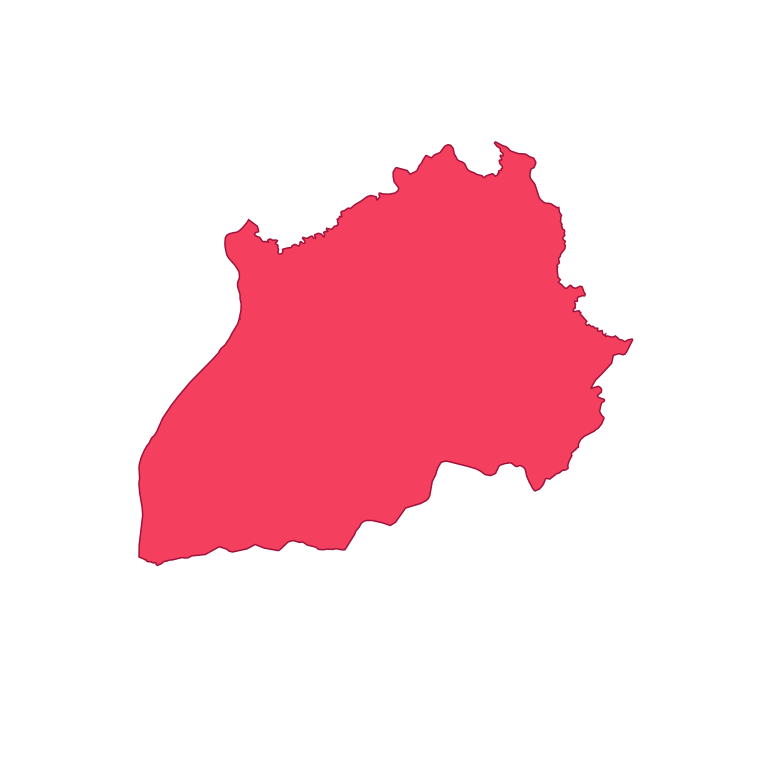 the district of Alas, Manufahi, East Timor, rotated 119°
{"feature_id": "22284137B36199594403094", "entity_name": "Alas", "entity_type": "district", "adm_level": 2, "iso_a3": "TLS", "parent_name": "East Timor", "parent_adm1": "Manufahi", "projection": "mercator", "projection_center": [125.842, -9.043], "detail": "fine", "context": "isolated", "style": "filled", "palette": "rose", "viewbox_px": 768, "rotation_deg": 119, "n_neighbors": 0, "source": "geoboundaries", "source_scale": "gbopen_adm2", "svg_char_len": 6159}
<svg xmlns="http://www.w3.org/2000/svg" viewBox="0 0 768 768"><g transform="rotate(119 384 384)"><path d="M654.1,514.4L653.5,509.5L653.6,507.4L653.2,506.5L654.0,505.4L653.9,504.5L652.7,502.0L652.3,498.8L651.0,497.3L651.2,496.5L652.4,495.7L652.6,494.3L649.4,491.8L645.7,490.2L644.3,488.2L641.8,486.0L640.6,484.0L633.8,476.6L632.8,473.9L630.8,470.9L627.6,468.9L619.8,457.7L606.2,449.2L604.9,442.8L604.7,441.1L605.3,438.5L604.4,435.1L594.7,424.0L586.8,418.8L585.6,409.3L581.0,395.8L580.5,395.2L577.3,394.0L569.2,391.5L567.9,390.7L565.0,387.6L563.6,381.6L561.6,378.3L562.1,373.1L559.7,364.3L560.4,361.4L560.1,360.4L558.4,356.7L556.0,353.7L553.5,348.6L551.2,345.9L549.5,340.6L548.3,338.3L547.8,337.8L529.9,336.8L526.2,337.3L521.1,336.3L517.7,336.4L515.5,335.9L513.9,335.0L512.1,333.5L509.2,328.4L506.3,318.7L504.7,309.9L499.3,306.9L482.0,305.0L470.7,294.0L465.5,290.6L462.8,289.7L459.2,289.9L446.0,294.5L437.8,294.9L434.9,295.7L430.3,296.3L425.1,296.1L423.5,294.9L421.4,292.4L420.4,289.6L415.4,270.8L413.5,262.1L413.4,257.1L414.2,251.6L412.4,246.3L409.0,243.6L407.8,243.1L401.0,243.6L399.5,243.5L398.5,242.9L395.0,239.7L391.8,235.5L391.4,233.9L392.2,229.2L391.8,227.7L389.7,226.0L389.2,225.1L389.1,221.9L390.3,219.0L395.3,214.6L399.2,209.6L403.3,203.2L404.1,201.6L404.3,200.0L400.4,197.1L396.6,196.2L394.2,196.0L388.7,196.7L387.9,196.3L386.8,192.9L378.9,189.6L376.8,187.6L372.9,186.0L371.2,183.4L368.9,182.3L368.1,182.2L366.2,183.8L361.4,184.8L355.6,184.9L354.0,186.6L349.1,185.0L348.7,184.4L347.8,184.7L347.0,184.5L345.2,183.4L341.6,185.0L337.0,185.0L332.5,183.4L323.0,177.1L320.8,176.4L318.8,175.2L313.3,174.3L307.2,175.0L306.6,175.7L305.7,178.8L303.8,181.7L302.2,182.6L295.2,184.6L292.1,183.0L291.3,183.3L290.7,184.0L291.6,189.2L291.2,191.3L290.4,191.7L285.7,190.0L283.3,191.0L282.2,192.9L282.1,195.4L287.2,200.6L286.2,201.0L278.1,200.9L268.8,198.2L255.5,195.0L247.8,197.3L243.6,193.3L242.6,189.2L241.1,187.7L238.1,187.4L224.9,187.9L224.4,188.7L225.8,190.5L227.2,192.1L229.9,193.6L230.2,194.2L230.1,196.9L231.0,200.3L230.3,201.9L229.8,204.9L232.3,206.8L233.7,212.0L234.9,213.3L234.4,214.1L232.9,214.4L234.5,215.4L234.6,216.4L231.5,219.2L234.0,222.1L233.4,223.3L231.6,224.0L232.9,226.8L232.2,229.2L233.2,230.6L232.6,233.5L233.0,234.1L233.9,234.2L234.5,235.2L233.6,236.9L232.2,237.3L230.9,237.0L227.6,246.1L226.0,246.6L226.1,248.3L225.3,248.9L228.1,252.2L228.6,253.8L225.9,254.4L224.7,253.5L223.0,254.8L221.3,255.2L220.2,257.0L219.0,257.2L218.3,255.4L217.7,255.0L215.4,256.4L213.6,256.3L212.4,254.8L210.8,253.7L209.6,251.2L207.8,251.6L206.3,254.1L203.0,257.7L203.0,258.7L203.6,260.1L206.1,261.7L207.5,263.1L208.0,265.6L207.2,268.2L207.4,269.1L211.6,270.6L212.4,272.2L210.9,277.4L210.6,280.7L207.2,280.3L206.2,283.6L199.4,288.4L197.3,288.9L197.2,289.9L196.4,290.2L193.0,289.4L189.3,292.3L187.3,291.7L184.5,292.4L178.0,291.4L175.2,292.4L173.6,294.4L171.4,294.5L171.0,295.3L171.0,297.1L169.7,298.3L168.5,298.5L166.4,297.9L164.8,299.5L163.2,299.8L162.2,300.5L161.8,301.4L161.9,303.1L160.3,304.2L159.6,305.6L158.1,305.6L156.4,308.5L154.5,309.0L152.5,310.2L150.4,310.5L148.6,314.0L144.8,316.7L145.9,318.3L145.4,325.0L146.2,328.0L147.2,329.3L147.7,332.1L146.8,336.3L145.6,338.8L136.2,348.8L133.6,354.6L132.6,356.1L130.9,357.4L128.6,358.5L124.6,359.6L122.0,357.7L117.6,358.2L116.2,359.0L113.9,362.7L114.6,366.8L114.3,371.8L117.3,378.0L118.7,385.5L118.6,387.2L117.7,389.5L117.3,392.0L118.0,396.3L118.2,403.8L119.6,404.3L121.3,400.7L121.7,396.5L123.8,395.2L124.8,391.6L126.5,390.5L127.1,391.5L127.3,392.9L128.2,393.0L130.3,389.9L130.9,389.7L132.1,391.4L132.9,391.5L135.0,389.6L136.3,386.0L137.7,385.1L138.6,385.8L140.1,385.0L141.3,386.6L142.1,386.9L143.5,386.5L143.6,385.7L144.8,386.3L146.2,386.1L147.1,386.6L148.2,387.5L148.3,388.2L147.4,389.9L147.7,391.4L152.6,395.7L154.5,396.1L155.0,397.0L154.3,399.2L155.7,404.5L155.6,407.4L156.3,413.3L155.4,415.8L152.2,420.3L151.8,423.4L152.4,425.9L152.3,428.4L148.5,434.3L144.5,437.7L144.0,438.7L142.9,441.2L143.6,444.0L145.9,445.8L147.4,446.3L154.4,447.2L159.1,450.9L163.3,452.3L163.6,457.6L164.0,458.2L169.8,458.5L172.4,458.2L176.1,459.0L181.2,458.6L183.1,459.5L187.9,462.9L186.0,467.2L188.7,477.9L189.3,478.5L194.1,478.8L198.4,476.4L202.4,473.0L205.0,466.9L206.3,465.7L208.6,465.5L211.7,467.1L215.5,471.5L218.5,477.5L218.7,479.5L219.4,480.7L220.9,480.1L222.2,478.5L225.9,479.0L226.4,479.7L224.1,481.3L224.3,482.8L225.5,486.9L228.2,489.5L235.1,492.7L241.3,496.4L246.6,498.4L247.6,500.7L252.0,502.9L253.0,504.4L254.8,504.9L258.0,502.1L258.6,502.4L258.5,503.5L259.1,504.1L261.0,503.7L262.7,504.8L263.2,504.0L264.6,503.3L266.6,501.4L269.2,502.4L269.7,503.7L270.4,503.9L274.2,504.8L275.6,509.6L276.7,509.3L277.8,507.1L278.7,508.2L278.9,509.1L280.6,510.3L282.5,508.2L284.2,507.8L284.4,508.5L283.3,511.4L284.0,514.5L286.9,516.9L287.8,516.8L288.9,515.1L289.8,514.7L290.5,516.2L289.5,518.3L290.0,519.4L293.7,521.7L294.5,523.2L295.0,525.9L296.1,525.9L297.4,522.3L298.1,521.8L299.7,522.0L300.2,522.9L299.7,525.7L300.5,526.2L302.3,525.4L304.3,525.2L304.7,525.7L304.9,529.1L305.6,530.2L307.6,531.4L309.7,531.3L311.2,533.6L314.3,537.1L315.5,538.0L317.0,536.8L318.9,536.4L319.7,536.7L321.1,538.4L321.1,539.5L320.0,540.7L317.3,541.5L315.8,543.6L314.8,543.5L314.0,544.2L313.9,546.9L313.0,547.3L311.0,546.5L310.2,546.8L310.6,548.7L312.2,550.9L312.3,553.8L313.8,555.2L314.7,555.3L316.0,554.1L316.6,556.5L317.9,558.2L318.1,559.6L316.0,563.8L316.6,567.0L316.2,569.1L315.2,570.1L314.0,569.7L311.6,567.5L309.9,568.7L307.4,571.4L305.9,582.1L309.3,582.1L316.4,583.6L320.4,585.0L322.7,586.4L324.3,588.7L327.7,592.2L330.1,593.6L332.9,593.7L337.8,591.5L341.3,589.3L347.2,584.2L349.1,581.1L352.7,571.2L355.8,565.7L357.0,564.5L361.2,561.9L365.4,561.4L368.0,560.4L370.1,558.9L375.5,553.3L379.5,551.0L383.1,547.8L388.8,544.9L396.3,542.5L396.7,542.0L396.2,540.9L397.3,542.2L402.5,541.1L412.9,541.5L419.2,541.3L427.0,542.0L432.6,543.9L437.2,543.9L447.2,546.3L475.8,554.3L494.7,558.0L506.1,559.7L521.3,561.0L535.1,559.7L539.9,559.8L544.0,561.1L549.4,560.8L553.3,561.4L558.8,561.4L566.2,560.7L572.9,559.0L576.0,557.7L584.8,552.1L589.7,550.2L597.4,545.1L609.2,535.7L615.8,531.4L643.4,520.1L654.1,514.4Z" fill="#f43f5e" stroke="#9f1239" stroke-width="1.5"/></g></svg>